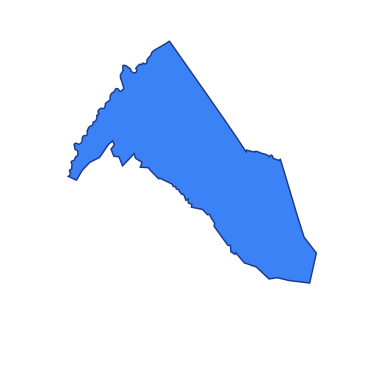 Greenville, South Carolina, United States of America, rotated 324°
{"feature_id": "52423323B27353440150163", "entity_name": "Greenville", "entity_type": "district", "adm_level": 2, "iso_a3": "USA", "parent_name": "United States of America", "parent_adm1": "South Carolina", "projection": "equal_earth", "projection_center": [-82.43, 34.85], "detail": "fine", "context": "isolated", "style": "filled", "palette": "blue", "viewbox_px": 384, "rotation_deg": 324, "n_neighbors": 0, "source": "geoboundaries", "source_scale": "gbopen_adm2", "svg_char_len": 3588}
<svg xmlns="http://www.w3.org/2000/svg" viewBox="0 0 384 384"><g transform="rotate(324 192 192)"><path d="M157.1,77.2L155.9,77.8L155.2,77.9L154.8,77.7L153.6,77.4L153.0,77.4L151.7,79.0L150.0,79.5L148.8,79.0L146.6,79.0L145.8,79.3L145.4,79.5L145.3,79.9L144.2,80.4L143.3,80.7L142.2,82.3L141.7,83.3L140.9,84.0L139.9,84.1L139.3,83.9L138.2,83.2L137.1,82.8L136.2,83.1L135.2,83.7L134.4,84.5L133.7,85.6L132.5,86.6L131.1,87.1L129.0,87.1L128.2,86.6L127.9,86.0L127.4,85.1L126.9,84.3L125.7,84.0L124.9,84.1L124.2,84.6L124.0,85.7L124.0,86.5L123.7,86.7L123.3,87.1L122.8,87.9L122.7,88.4L122.6,89.0L122.8,89.7L123.4,90.8L123.5,91.7L123.1,92.6L121.6,94.8L120.5,95.3L119.8,95.2L118.9,95.1L118.0,95.5L115.6,96.9L114.0,96.8L113.2,96.4L112.1,96.5L111.5,97.3L111.4,97.8L111.3,98.9L110.9,99.5L109.5,100.9L108.8,102.2L107.8,102.6L106.4,102.3L105.5,102.6L105.0,103.6L105.0,104.5L104.1,106.0L103.1,106.6L101.1,106.6L105.5,114.5L116.0,109.9L126.9,107.9L137.4,109.7L152.8,104.3L157.9,104.1L156.9,108.2L151.7,109.7L149.8,117.1L153.6,120.6L151.2,130.0L167.7,127.0L166.2,131.5L169.0,138.6L164.8,141.6L170.8,146.5L171.3,151.7L172.8,161.7L174.2,162.1L180.7,174.1L180.0,176.5L181.8,178.0L181.1,180.4L182.5,182.0L182.1,184.8L182.6,185.8L182.1,187.5L183.7,188.3L183.5,189.3L183.4,191.1L182.1,195.2L184.7,195.4L182.6,198.7L184.6,201.9L182.6,203.9L190.4,212.5L191.1,219.4L193.0,220.4L192.2,225.0L192.1,230.5L189.7,232.7L189.7,256.1L191.6,258.0L188.4,263.2L190.1,267.7L191.7,266.9L192.7,280.1L200.0,290.5L203.2,307.6L210.6,311.4L218.6,320.8L233.7,334.8L256.7,314.5L256.1,294.5L263.9,271.1L268.1,259.3L273.8,243.0L277.9,231.4L282.9,216.9L281.5,218.3L277.5,212.6L278.3,210.1L277.9,209.6L277.6,209.1L277.7,208.8L277.7,208.7L277.4,208.5L277.2,208.5L276.9,208.6L276.2,209.0L275.8,209.1L275.7,209.1L275.1,209.1L275.1,208.6L275.2,208.2L275.1,207.6L275.0,207.2L274.7,206.5L274.5,206.3L274.3,206.1L274.1,205.7L273.9,205.2L273.8,204.9L273.6,204.7L273.0,204.0L272.9,203.7L272.5,203.3L272.2,203.1L270.5,200.8L270.1,200.3L270.0,200.1L270.0,199.8L269.9,199.6L269.6,199.3L269.5,199.2L269.3,198.9L269.1,198.7L268.9,198.3L268.8,198.1L268.6,197.7L268.4,197.5L267.9,197.0L267.5,196.7L267.3,196.5L267.1,196.4L266.8,196.3L266.7,196.3L266.4,196.4L266.3,196.5L266.2,196.4L266.1,196.2L265.8,195.8L265.5,195.6L265.3,195.5L265.1,195.3L264.9,195.0L264.5,195.0L264.3,194.8L264.1,194.6L264.0,194.3L264.0,194.1L260.8,190.2L259.4,191.5L259.7,183.3L260.2,171.0L260.3,167.1L260.7,153.5L260.7,153.4L261.4,118.5L262.4,56.8L262.3,56.7L258.1,56.5L250.2,55.7L245.1,55.2L243.3,55.2L242.8,55.3L241.1,55.7L239.1,57.2L235.6,57.9L233.3,58.7L233.0,58.8L232.4,59.9L230.8,61.1L229.8,61.0L228.7,60.4L228.6,59.5L228.0,58.9L227.7,58.8L226.5,59.5L226.1,59.5L225.9,59.4L225.6,58.5L224.6,57.9L223.0,58.0L221.9,58.2L219.6,58.8L219.1,59.2L219.0,59.9L219.0,60.6L218.8,61.2L217.4,62.3L216.7,62.4L216.2,62.1L215.1,61.3L214.3,60.3L213.9,59.3L213.8,58.6L214.0,57.7L214.4,56.8L214.5,56.0L214.0,54.3L213.1,52.2L213.0,51.1L211.1,49.2L210.4,49.2L209.6,50.1L207.3,53.5L205.0,54.2L203.1,55.2L202.5,55.7L201.1,57.9L200.1,61.7L198.3,66.6L197.8,67.8L196.7,68.5L193.9,68.8L193.2,68.7L192.7,67.3L192.8,65.9L192.7,65.1L191.9,64.0L190.6,63.7L188.3,65.1L187.0,65.1L185.9,64.8L183.6,65.4L182.6,65.9L181.6,67.0L180.2,69.1L178.9,69.4L177.1,69.3L174.2,69.4L173.9,69.6L173.8,69.8L173.2,70.4L172.6,71.2L171.3,72.1L170.1,72.5L169.3,72.5L168.7,72.0L168.3,71.3L168.2,71.1L167.0,70.7L165.8,70.7L164.9,70.7L164.0,71.0L163.3,71.6L162.9,72.0L162.8,72.9L162.8,73.6L162.4,74.0L161.7,74.3L161.0,74.0L160.1,74.1L159.4,74.6L159.0,75.6L158.3,76.5L157.1,77.2Z" fill="#3b82f6" stroke="#1e3a8a" stroke-width="1.5"/></g></svg>